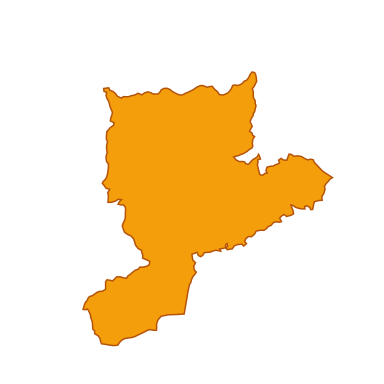 Passos Maia, Santa Catarina, Brazil, rotated 343°
{"feature_id": "56859067B50733681280020", "entity_name": "Passos Maia", "entity_type": "district", "adm_level": 2, "iso_a3": "BRA", "parent_name": "Brazil", "parent_adm1": "Santa Catarina", "projection": "albers", "projection_center": [-51.953, -26.703], "detail": "fine", "context": "isolated", "style": "filled", "palette": "amber", "viewbox_px": 384, "rotation_deg": 343, "n_neighbors": 0, "source": "geoboundaries", "source_scale": "gbopen_adm2", "svg_char_len": 4686}
<svg xmlns="http://www.w3.org/2000/svg" viewBox="0 0 384 384"><g transform="rotate(343 192 192)"><path d="M137.8,67.2L137.3,70.1L139.5,71.6L138.0,74.6L138.1,78.0L138.7,80.4L138.8,82.9L138.6,86.0L138.8,88.9L139.2,92.6L137.8,95.1L136.0,97.4L134.7,100.2L137.7,102.9L136.5,105.3L134.3,106.0L132.1,106.8L130.1,108.3L128.2,109.3L127.0,112.3L125.6,116.2L125.8,119.4L124.0,122.3L122.9,125.9L122.4,129.4L120.6,132.2L119.6,134.7L119.2,138.2L120.3,140.6L119.3,143.8L118.0,146.8L116.6,149.7L115.0,152.4L112.8,154.7L110.2,155.9L108.7,157.6L110.0,160.3L110.8,163.2L114.1,165.4L111.2,168.0L110.9,171.2L109.8,174.3L108.6,177.3L111.8,178.3L114.2,178.3L116.3,178.3L119.2,177.4L122.3,178.6L119.9,180.0L117.7,182.0L120.2,183.5L122.3,184.1L123.8,186.4L123.3,189.6L122.3,192.1L121.4,195.0L120.3,197.9L118.9,199.7L117.2,201.5L115.4,204.0L115.5,208.0L115.8,210.9L117.8,213.6L120.8,216.2L122.4,219.7L122.6,222.8L122.4,226.0L124.0,230.4L126.6,233.0L126.3,235.5L126.5,238.3L125.4,240.8L127.3,242.3L129.4,244.1L131.3,246.1L129.9,249.0L127.1,249.8L123.2,249.5L120.2,248.6L117.6,250.2L114.8,250.2L111.2,251.6L109.1,252.6L106.4,253.4L103.9,255.3L101.2,253.9L98.7,252.2L95.4,251.1L92.8,252.4L90.2,253.8L87.7,252.4L85.0,251.1L83.2,252.5L82.1,255.9L81.0,259.7L77.5,260.7L74.8,260.1L71.9,260.1L68.9,261.2L66.3,262.0L63.4,262.0L61.6,263.1L60.1,265.0L57.8,266.4L56.2,268.3L54.7,270.5L53.5,272.4L55.7,273.4L57.8,273.4L58.5,275.9L58.9,279.2L58.5,283.1L58.7,287.0L57.9,290.8L57.0,294.1L58.3,296.3L57.5,299.1L60.2,302.0L61.2,305.3L60.9,307.8L61.1,310.7L64.5,312.3L68.4,314.3L72.3,316.0L76.2,316.8L78.3,315.0L81.5,313.1L85.2,312.5L90.6,313.3L92.7,313.6L95.2,313.5L97.9,313.1L100.3,312.7L102.6,312.4L105.7,311.9L108.6,311.3L111.7,311.3L115.1,313.1L117.6,313.8L118.6,311.2L119.6,307.7L121.7,304.8L124.0,303.1L126.2,301.8L133.4,302.5L142.5,304.9L148.8,306.4L156.3,291.6L158.0,288.0L160.0,284.3L162.3,280.1L164.2,278.4L166.0,275.6L168.0,273.2L170.5,271.7L172.7,269.9L171.4,267.2L171.9,263.6L174.7,260.6L172.9,257.6L173.2,254.6L173.7,251.5L176.5,251.4L179.2,251.2L179.5,254.7L181.6,256.4L183.9,255.6L186.1,253.6L189.0,254.2L191.7,254.9L194.8,254.5L197.9,254.7L200.3,256.0L202.2,257.0L201.8,254.5L204.6,255.0L208.0,255.1L208.8,257.5L211.4,257.7L213.8,258.2L216.7,255.9L219.8,255.6L221.9,255.9L224.4,256.5L225.7,258.8L229.0,257.4L227.9,254.7L229.7,252.5L232.8,251.1L235.9,252.1L239.4,250.7L242.0,248.1L246.3,248.6L249.6,249.7L252.7,248.7L254.8,247.3L257.6,247.1L260.9,245.1L263.9,245.1L266.5,246.4L268.9,246.5L268.2,242.5L271.0,241.0L273.6,240.5L275.3,243.1L277.6,243.1L280.1,243.2L282.7,242.6L283.2,239.6L282.9,236.2L282.9,233.3L285.0,234.8L286.6,236.9L288.9,238.6L291.7,240.1L295.0,241.2L295.7,238.7L298.0,238.9L300.2,241.2L300.3,243.5L302.3,244.0L304.3,240.2L306.1,237.1L309.1,237.1L311.7,237.4L314.1,238.0L314.7,234.6L317.6,231.9L320.1,228.2L320.2,225.4L322.9,223.1L325.7,221.5L327.6,220.0L330.5,219.3L323.1,210.4L321.1,206.5L319.2,202.6L317.6,199.4L317.3,196.6L315.1,195.3L312.2,195.2L309.5,192.9L307.2,190.2L305.2,189.1L303.1,188.2L299.8,187.5L298.2,185.3L296.0,184.1L294.2,186.3L292.0,189.3L288.9,188.2L287.0,185.9L284.1,186.9L284.2,189.8L282.2,190.3L279.7,190.3L277.4,191.0L274.4,190.3L271.0,190.2L269.0,193.0L269.4,195.9L267.1,195.5L264.3,196.8L262.0,195.0L262.1,190.4L262.3,187.1L262.6,184.7L263.9,182.8L264.1,180.4L267.1,180.5L267.0,177.7L266.7,175.4L264.6,177.5L262.3,178.2L259.7,178.8L257.1,180.2L254.4,181.9L251.9,181.1L251.2,178.7L249.3,177.6L246.2,176.8L243.6,174.3L242.2,170.7L244.6,170.6L247.2,170.8L249.4,170.4L251.5,170.4L253.8,170.0L256.5,169.3L259.4,168.1L262.0,167.5L263.5,165.9L264.0,162.9L265.6,159.3L268.1,157.3L266.6,155.6L266.6,153.1L264.7,150.7L266.8,148.6L268.8,146.9L268.5,144.3L268.1,141.8L270.1,139.1L272.6,137.0L273.6,134.9L275.4,133.5L276.9,130.7L278.4,128.4L278.4,125.6L279.1,122.9L278.3,119.8L278.9,117.4L279.9,114.3L279.9,110.9L282.7,108.9L284.1,107.2L286.2,105.1L286.8,101.8L287.2,98.8L286.8,96.1L284.5,94.8L282.1,96.5L279.4,99.4L276.7,101.1L274.3,101.3L271.0,103.2L267.2,103.6L264.3,102.2L262.1,102.0L259.9,104.6L257.4,106.6L255.3,107.7L252.8,108.1L250.1,108.4L246.6,106.8L245.8,103.7L243.7,100.5L242.2,96.8L240.1,96.4L237.0,96.2L234.9,94.4L232.9,93.1L230.9,92.7L227.6,93.1L225.2,93.8L223.2,94.5L219.8,95.1L216.7,95.5L214.1,95.8L210.7,96.4L208.3,95.4L206.6,94.1L204.6,92.2L202.6,90.2L201.1,87.8L198.8,85.7L195.5,84.7L192.5,85.3L190.9,86.8L188.4,88.3L185.2,87.5L183.0,86.5L181.5,84.8L178.6,83.2L175.4,83.4L172.3,84.4L169.3,81.8L165.6,82.5L162.2,82.2L158.9,82.3L156.1,81.4L154.2,80.7L152.2,81.6L150.1,80.0L148.6,78.5L147.7,75.6L146.0,72.9L143.2,70.7L142.8,68.0L137.8,67.2ZM208.0,255.1L208.5,252.5L210.4,251.4L210.4,254.1L208.0,255.1Z" fill="#f59e0b" stroke="#b45309" stroke-width="1.5"/></g></svg>